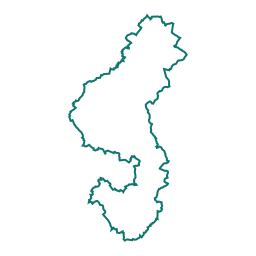 Baltinglass Lea-6, Wicklow, Ireland (Mercator projection)
{"feature_id": "5873133B22148829487271", "entity_name": "Baltinglass Lea-6", "entity_type": "district", "adm_level": 2, "iso_a3": "IRL", "parent_name": "Ireland", "parent_adm1": "Wicklow", "projection": "mercator", "projection_center": [-6.547, 52.958], "detail": "fine", "context": "isolated", "style": "outline", "palette": "teal", "viewbox_px": 256, "rotation_deg": 0, "n_neighbors": 0, "source": "geoboundaries", "source_scale": "gbopen_adm2", "svg_char_len": 5857}
<svg xmlns="http://www.w3.org/2000/svg" viewBox="0 0 256 256"><path d="M180.4,49.6L177.7,47.4L176.4,47.3L176.0,46.9L175.4,47.1L174.4,46.5L174.3,45.8L175.8,45.3L176.5,44.2L177.1,42.0L180.2,37.8L178.5,37.3L176.8,35.7L175.3,35.1L171.8,32.6L172.9,25.3L173.4,23.8L171.5,22.9L169.9,23.6L166.9,24.1L164.9,26.1L165.3,24.8L164.9,23.9L164.2,22.5L163.8,22.2L163.0,22.8L162.5,22.2L162.1,21.5L161.5,18.2L160.7,16.6L159.8,17.0L158.0,16.5L151.9,16.7L151.5,17.3L151.5,18.4L150.6,19.1L150.6,18.8L148.5,17.2L147.1,15.4L145.9,17.4L143.9,18.9L142.8,20.7L141.7,20.3L140.8,22.3L138.9,23.6L138.9,25.0L138.5,25.3L139.6,26.5L141.1,27.4L140.7,27.8L141.0,28.5L136.7,33.9L136.2,35.1L133.8,33.6L131.5,33.3L131.4,33.8L127.3,35.4L125.8,37.9L125.9,38.4L127.4,40.0L127.3,40.3L130.1,41.8L131.2,42.9L129.7,43.9L128.1,45.9L127.9,46.8L128.8,47.5L128.8,48.5L127.4,48.2L127.1,47.3L126.9,47.8L125.6,47.4L122.3,50.2L122.6,51.2L121.6,51.5L121.8,52.9L122.4,52.7L122.7,53.8L122.7,55.5L122.3,55.6L122.2,56.0L125.0,57.3L124.2,58.4L123.2,58.0L122.5,59.0L123.4,61.0L121.4,60.5L120.8,62.0L120.2,62.6L119.8,62.9L118.7,62.4L117.7,63.5L118.4,64.4L118.3,65.0L116.6,65.3L116.8,66.6L117.6,66.7L117.6,67.2L115.9,67.2L115.5,68.2L113.8,68.4L113.9,69.2L113.8,69.6L111.5,69.3L110.5,68.6L109.3,73.7L103.6,74.1L102.2,75.3L101.2,75.0L100.1,77.8L96.6,78.0L95.9,79.6L93.2,81.2L92.0,81.2L91.2,81.8L90.0,81.0L87.6,82.0L85.8,84.0L84.6,84.1L83.7,84.7L84.6,87.0L84.3,88.7L84.2,92.2L82.9,93.4L82.8,94.8L82.3,95.5L79.2,98.7L79.3,99.2L78.2,100.8L76.7,100.9L76.0,100.5L75.7,101.5L74.5,101.8L73.3,102.8L72.8,103.7L73.9,104.1L73.2,105.8L75.7,107.7L73.6,109.7L70.5,111.5L70.8,112.1L69.3,114.5L70.1,115.8L69.3,116.8L70.5,120.7L70.9,121.0L72.5,120.2L74.6,125.0L74.9,125.0L76.8,127.9L77.4,128.0L79.2,130.4L81.4,132.4L82.9,135.3L82.9,136.8L82.1,137.7L83.6,138.7L83.4,140.0L84.3,140.4L84.4,141.1L83.8,144.0L82.7,145.6L84.0,145.7L85.2,146.4L86.7,146.3L89.0,144.8L91.6,147.4L93.7,148.3L93.6,149.8L95.5,150.5L96.6,149.6L97.6,149.9L98.6,147.9L99.9,148.7L102.1,148.9L103.0,149.5L105.2,153.6L105.5,153.4L105.3,152.4L105.9,151.3L107.8,150.6L113.9,153.1L114.3,151.9L114.6,151.8L116.6,153.0L118.6,153.1L119.1,153.4L119.4,154.1L119.1,156.0L119.7,158.0L119.4,159.0L119.7,160.4L125.2,159.8L128.9,162.4L129.4,161.7L130.4,161.3L130.7,160.5L130.4,159.2L131.1,158.9L131.0,157.8L131.8,157.3L131.8,156.3L133.7,156.4L133.6,156.8L133.9,157.0L134.2,156.7L133.9,156.3L134.4,156.1L135.0,157.6L135.6,158.2L138.9,160.1L139.8,161.2L139.0,162.8L138.8,163.6L139.1,164.2L139.0,165.2L138.8,165.4L138.3,165.2L137.0,165.9L135.4,165.7L133.9,166.3L135.2,168.6L134.8,172.5L135.4,174.8L135.5,177.5L134.1,179.6L134.0,180.2L134.3,181.0L134.0,182.0L134.8,183.6L135.2,184.0L136.0,184.1L136.5,184.8L134.2,185.1L132.6,184.0L130.7,184.5L129.1,184.4L128.7,185.1L125.1,186.7L126.2,188.1L124.5,189.6L123.3,192.0L122.9,191.3L120.4,190.0L119.6,191.3L117.0,190.5L116.5,189.9L115.7,189.9L114.8,188.7L114.2,189.4L112.9,189.8L109.7,185.4L110.5,184.6L110.3,183.5L109.2,183.0L107.2,180.8L105.1,181.3L104.4,180.0L103.2,179.5L103.2,178.7L100.6,178.0L100.8,179.8L99.1,179.5L98.5,180.0L98.3,181.2L99.6,182.6L99.7,183.2L99.4,183.6L99.8,184.0L98.7,186.1L97.0,186.8L95.5,186.5L95.2,187.1L93.0,188.1L91.3,190.6L91.3,191.3L92.6,191.6L92.3,192.2L92.6,192.8L92.8,194.3L92.0,194.9L90.7,194.9L91.2,195.7L90.8,196.8L91.3,198.0L90.0,199.6L89.9,200.3L89.1,200.2L89.2,200.9L88.9,201.5L89.4,201.9L89.2,202.3L90.5,201.7L91.7,202.1L92.0,202.5L91.8,203.0L92.5,203.8L93.7,202.5L95.6,201.3L97.1,200.9L98.5,202.0L99.6,203.6L99.8,204.7L102.6,205.4L103.1,206.4L103.3,208.8L103.9,209.9L105.1,211.0L105.2,212.3L104.8,213.1L103.5,213.9L103.1,214.6L108.0,220.1L108.8,221.4L110.2,224.0L110.6,225.9L111.9,227.9L111.5,229.8L112.7,228.8L112.5,227.9L113.3,227.7L114.9,229.2L115.9,229.5L116.7,229.1L117.1,232.6L119.6,233.0L122.7,231.4L122.7,232.7L123.7,232.9L123.7,235.9L124.1,237.2L123.7,238.2L123.6,239.2L124.9,240.6L126.6,239.4L132.2,240.2L132.9,239.0L134.5,239.7L136.1,239.5L139.9,237.3L140.1,236.8L140.1,235.6L141.7,237.2L143.8,234.3L143.8,232.7L145.3,232.6L146.3,231.5L146.1,231.1L148.0,229.3L148.1,228.3L147.6,227.4L149.2,226.6L149.5,226.0L150.6,225.8L150.3,224.9L150.9,224.6L150.8,224.3L152.5,223.6L152.5,222.9L153.9,222.6L156.1,220.0L155.9,219.4L156.2,218.8L157.6,219.1L157.2,217.4L157.5,216.5L157.6,211.1L159.3,211.7L161.4,210.8L161.6,209.7L161.3,208.2L161.7,208.3L161.4,207.6L162.2,205.8L161.5,204.1L161.7,202.4L159.0,201.6L157.6,202.3L157.0,202.2L156.6,201.1L154.9,199.6L154.8,198.2L156.3,197.4L157.2,194.7L157.7,191.4L159.0,189.0L159.7,189.0L161.3,187.7L162.6,187.6L164.2,186.3L165.2,186.2L167.6,184.5L168.0,183.5L166.0,182.7L164.4,181.5L164.5,180.0L165.0,178.7L167.6,177.7L166.9,176.1L168.0,172.2L167.8,171.4L166.5,170.7L164.9,170.9L159.8,168.7L160.3,167.5L163.6,163.7L164.5,163.3L166.6,163.2L167.9,162.4L168.7,161.2L166.9,160.5L166.8,158.2L165.5,155.6L165.3,154.8L165.4,154.0L164.2,150.9L162.1,149.2L161.6,147.9L160.4,146.9L159.2,146.6L158.4,147.3L156.9,147.9L156.4,146.8L157.2,146.7L157.2,145.4L157.8,144.7L157.4,143.5L156.8,143.0L156.6,141.6L155.7,139.7L156.0,138.6L155.6,138.2L155.9,138.1L155.1,137.4L155.2,137.1L154.9,136.5L153.7,135.7L152.7,134.0L150.9,132.2L151.1,131.1L150.9,130.4L151.2,130.1L150.7,127.4L152.0,124.0L150.6,123.5L149.2,121.8L148.9,120.8L148.9,120.0L149.7,118.0L149.7,115.1L148.8,113.3L147.9,112.7L147.8,111.8L148.2,110.2L146.6,108.7L145.9,106.6L145.8,104.6L147.5,102.8L150.0,101.4L151.2,102.0L151.8,103.4L153.2,103.7L154.9,100.4L157.6,98.7L157.5,98.3L157.9,97.6L157.7,96.9L158.2,95.9L157.3,93.8L157.8,92.6L159.6,91.1L159.9,91.4L161.9,90.6L162.6,88.7L164.1,87.2L165.8,86.8L167.5,87.2L169.5,86.4L169.0,85.0L169.1,81.3L168.6,80.0L166.2,77.1L164.0,69.0L169.3,70.3L169.8,68.9L170.6,69.0L171.4,68.2L171.8,66.3L173.4,64.7L176.0,63.8L178.1,60.6L182.0,60.1L183.4,59.4L184.1,58.7L184.6,57.3L186.7,54.7L184.6,52.0L182.4,50.9L181.6,49.8L180.4,49.6Z" fill="none" stroke="#0f766e" stroke-width="2"/></svg>